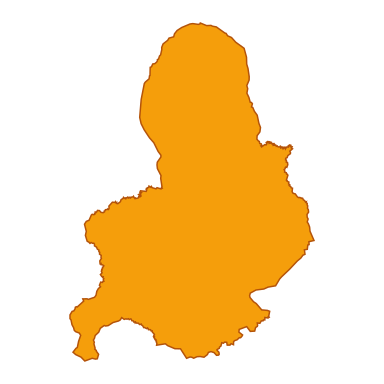 the district of Sung Noen, Nakhon Ratchasima, Thailand
{"feature_id": "78962969B32197143294697", "entity_name": "Sung Noen", "entity_type": "district", "adm_level": 2, "iso_a3": "THA", "parent_name": "Thailand", "parent_adm1": "Nakhon Ratchasima", "projection": "mercator", "projection_center": [101.82, 14.879], "detail": "fine", "context": "isolated", "style": "filled", "palette": "amber", "viewbox_px": 384, "rotation_deg": 0, "n_neighbors": 0, "source": "geoboundaries", "source_scale": "gbopen_adm2", "svg_char_len": 6007}
<svg xmlns="http://www.w3.org/2000/svg" viewBox="0 0 384 384"><path d="M163.1,43.9L161.7,47.4L161.8,49.5L160.6,54.9L159.5,56.0L158.5,59.1L157.4,59.6L157.4,60.9L156.6,62.1L154.9,63.6L152.7,64.0L151.5,66.8L150.2,67.3L150.0,75.5L149.5,75.8L149.1,78.8L145.3,82.1L144.3,83.6L141.2,99.4L139.7,117.4L141.1,123.6L144.2,129.8L149.5,137.8L153.8,142.7L158.1,151.4L160.9,155.2L160.9,157.0L157.3,162.2L157.0,164.9L157.4,168.6L161.0,175.6L160.7,178.4L162.0,186.8L161.5,187.4L162.2,188.2L161.0,188.9L157.0,187.7L156.0,188.8L152.2,187.7L151.3,186.4L150.8,187.3L149.0,186.1L148.8,187.2L147.6,187.7L147.4,188.4L146.5,188.3L146.1,189.3L146.7,190.0L146.2,191.4L140.5,190.8L139.9,192.2L141.4,192.6L140.4,193.7L140.7,194.9L140.2,195.0L139.7,193.9L138.6,194.6L140.9,196.1L140.4,196.6L139.7,196.0L138.7,196.5L138.9,197.3L138.0,198.0L135.2,198.6L135.2,197.9L134.4,198.0L133.5,196.3L133.1,196.9L131.8,197.0L130.3,198.0L129.9,197.2L128.7,197.9L128.6,197.4L127.5,197.1L127.2,197.8L125.9,197.8L125.9,198.7L125.4,198.8L123.5,197.3L123.1,198.4L121.1,199.6L120.4,201.7L117.8,203.7L116.5,203.4L116.7,202.3L115.7,202.5L115.4,201.8L115.1,202.4L112.4,202.2L108.9,206.1L109.1,208.3L108.5,209.4L107.8,208.9L107.6,209.4L105.4,209.7L105.2,210.6L104.2,211.1L104.4,211.9L103.1,212.7L100.9,212.3L99.5,210.6L97.5,210.4L96.5,212.1L95.3,212.0L95.5,213.0L94.6,213.3L94.8,214.2L93.9,214.7L92.2,214.3L91.3,215.1L89.1,220.2L86.3,221.4L84.5,224.2L86.3,231.4L85.4,235.4L87.2,241.3L88.8,242.1L90.0,243.4L91.1,242.5L92.5,243.3L93.8,243.2L94.4,244.0L94.5,245.9L96.5,247.1L97.4,249.2L98.8,250.0L98.9,251.7L99.7,252.3L99.5,254.1L101.2,255.4L101.0,257.5L101.4,258.4L99.8,260.9L100.1,264.0L100.6,264.2L101.1,263.8L101.1,264.7L102.4,264.8L103.8,265.7L103.4,266.8L102.5,267.2L102.5,268.5L101.8,269.2L102.1,269.9L101.6,270.2L101.4,271.6L102.0,272.4L101.8,273.2L100.4,274.5L101.8,276.6L103.1,276.7L102.8,277.6L103.8,278.6L103.2,280.0L103.9,281.2L102.8,281.7L102.4,282.4L100.7,282.1L99.4,285.3L100.5,286.8L98.4,288.5L96.8,291.3L96.0,295.3L94.5,297.3L88.2,299.4L87.1,298.8L82.8,298.9L83.7,301.1L77.2,307.0L76.3,306.7L75.3,307.3L75.1,308.8L73.8,310.9L72.1,311.4L70.0,314.9L70.0,318.7L71.0,319.9L72.0,324.7L73.6,327.7L74.3,330.4L75.7,331.7L79.2,333.0L80.7,335.3L78.6,341.3L77.3,347.5L76.0,348.3L73.0,352.2L75.7,354.6L81.0,357.1L84.8,361.0L92.2,358.3L95.5,359.1L97.3,358.8L98.6,354.3L96.4,351.3L96.3,350.4L94.8,349.2L95.1,348.1L93.9,343.8L94.3,342.3L93.4,340.0L94.4,338.5L95.2,335.5L98.7,332.2L100.3,328.3L104.2,325.5L105.6,326.0L108.2,325.6L113.1,322.5L118.5,321.0L120.2,320.0L121.7,317.6L124.2,319.4L126.0,318.8L127.0,319.2L128.4,318.7L129.2,319.6L130.5,318.9L131.2,319.1L131.8,320.7L133.1,320.8L134.0,322.2L135.3,321.9L135.3,322.9L135.9,322.5L136.5,323.1L138.4,323.2L139.5,324.5L141.3,324.1L141.4,324.9L142.6,325.6L143.7,327.6L144.5,327.5L146.6,328.6L147.5,328.0L147.7,328.6L148.2,328.6L148.5,329.7L150.5,329.7L151.2,331.0L152.2,330.9L152.3,332.0L154.4,334.4L153.8,335.6L154.3,336.2L153.5,336.7L153.8,337.2L154.4,337.0L154.3,338.2L155.1,339.6L155.6,339.3L156.0,339.8L155.9,340.7L156.5,341.2L156.2,341.8L156.9,343.3L156.6,345.2L165.4,343.8L167.6,345.6L174.9,348.7L180.5,348.8L186.6,358.3L190.0,357.0L191.7,357.2L193.7,358.2L197.0,356.7L200.1,356.5L204.0,357.2L207.4,354.6L208.4,352.4L211.0,351.6L214.1,352.6L216.5,355.3L218.6,355.1L219.2,354.2L218.9,352.2L217.1,350.4L217.0,349.6L219.3,348.3L219.5,347.1L220.9,346.1L221.8,342.7L223.4,343.2L224.7,342.1L226.7,342.3L227.2,345.1L230.0,345.1L231.1,343.7L233.5,344.7L233.6,341.6L234.7,340.6L237.1,339.8L239.3,337.7L240.6,337.7L241.9,336.3L242.6,335.0L238.9,332.1L239.2,329.4L246.7,326.6L250.3,331.4L254.7,331.1L255.6,327.5L257.3,326.4L257.6,325.5L257.3,323.0L259.9,323.3L261.3,320.9L263.1,320.8L263.4,319.9L264.8,319.9L264.9,317.5L268.0,318.0L268.1,317.0L269.1,317.1L268.7,316.2L269.7,311.3L267.4,310.4L261.7,309.9L256.3,303.6L253.5,301.7L250.0,297.5L249.6,295.6L250.3,293.1L256.0,290.0L263.9,289.0L268.1,287.1L275.6,285.8L279.7,278.9L281.6,276.8L289.6,269.2L297.4,260.9L300.8,258.1L302.9,255.2L305.0,254.3L304.4,249.8L307.3,249.3L307.8,245.0L309.1,244.6L308.9,241.7L314.0,240.5L310.0,231.2L309.6,227.0L308.3,223.6L307.2,222.0L308.1,219.0L307.2,217.2L307.0,214.5L308.6,212.1L308.3,209.6L307.5,208.4L307.7,205.8L307.1,204.8L307.2,203.4L306.0,202.5L306.2,201.9L305.6,202.2L304.6,200.5L303.3,199.8L302.7,198.3L301.7,198.0L301.4,198.3L299.8,197.4L298.9,197.7L297.4,196.9L295.3,193.9L293.1,193.3L292.1,191.7L292.5,188.2L291.2,187.8L290.8,186.7L289.6,186.0L289.8,185.3L289.2,185.1L289.6,184.6L288.6,183.8L288.9,182.1L287.1,181.2L287.1,180.5L286.4,180.1L287.9,175.2L287.3,174.2L286.6,174.1L286.3,172.7L284.6,172.1L284.8,171.0L284.1,169.6L285.1,168.8L285.3,167.5L285.9,167.0L286.8,167.4L287.8,164.7L287.5,162.5L286.3,162.1L286.5,161.0L286.2,160.0L285.6,159.9L285.7,158.3L287.2,157.6L287.8,155.6L290.4,153.7L290.5,152.6L289.8,151.2L292.5,148.8L291.5,148.2L292.1,146.8L290.8,146.8L290.9,145.3L289.6,144.9L288.2,145.9L288.3,146.3L289.0,146.2L288.5,147.1L286.9,146.9L286.3,147.8L285.4,147.3L285.3,148.7L284.4,147.5L283.2,148.7L282.9,147.0L281.8,147.2L281.9,147.8L281.3,147.5L280.8,147.8L280.9,146.5L280.3,146.1L279.7,146.9L278.8,147.0L277.5,146.5L277.2,145.9L276.3,146.3L275.9,145.2L273.9,145.3L274.8,144.5L274.1,143.7L273.4,144.8L272.6,144.3L272.7,143.7L271.8,143.7L271.7,143.1L269.7,143.3L270.8,142.2L269.2,141.7L268.9,142.4L268.3,141.8L267.6,142.4L267.4,141.7L266.2,142.5L266.7,143.9L266.1,144.9L264.8,144.6L261.6,146.9L260.9,145.9L262.0,145.7L261.2,143.8L259.7,143.5L259.3,141.4L258.5,141.1L256.9,139.2L257.1,135.7L259.9,131.9L260.5,127.5L258.9,123.3L257.2,115.2L254.4,111.3L252.8,107.5L251.5,107.0L252.4,103.8L251.5,102.5L250.2,102.2L248.9,97.4L246.9,93.2L247.7,88.7L246.8,85.6L249.1,80.1L249.2,76.7L248.0,68.5L246.7,64.1L246.5,57.2L244.1,48.3L235.7,42.2L231.5,37.5L227.6,35.8L226.1,33.4L224.8,33.0L216.3,26.9L212.5,26.2L211.0,25.4L206.6,25.6L200.3,23.0L200.0,23.9L198.3,24.4L192.8,23.6L190.0,24.0L181.7,27.5L177.1,30.5L174.5,33.8L173.7,36.8L169.0,38.1L167.7,40.3L163.1,43.9Z" fill="#f59e0b" stroke="#b45309" stroke-width="1.5"/></svg>